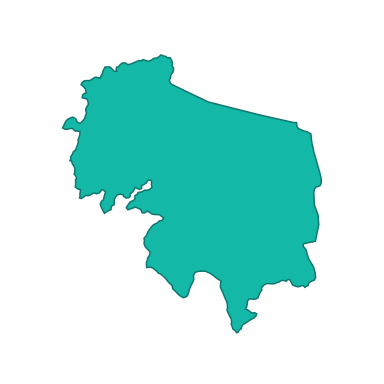 outline of Joinville, Santa Catarina, Brazil, rotated 15°
{"feature_id": "56859067B35489992852135", "entity_name": "Joinville", "entity_type": "district", "adm_level": 2, "iso_a3": "BRA", "parent_name": "Brazil", "parent_adm1": "Santa Catarina", "projection": "orthographic", "projection_center": [-48.986, -26.263], "detail": "fine", "context": "isolated", "style": "filled", "palette": "teal", "viewbox_px": 384, "rotation_deg": 15, "n_neighbors": 0, "source": "geoboundaries", "source_scale": "gbopen_adm2", "svg_char_len": 4961}
<svg xmlns="http://www.w3.org/2000/svg" viewBox="0 0 384 384"><g transform="rotate(15 192 192)"><path d="M323.9,207.6L322.9,190.7L319.8,181.8L313.8,173.2L311.9,167.9L311.1,165.0L310.2,162.4L309.6,160.1L309.7,157.0L310.8,154.9L312.6,153.9L314.1,152.6L314.5,149.7L313.7,146.7L312.6,144.2L311.4,142.0L310.1,139.8L308.2,136.5L307.1,134.8L303.5,128.7L302.5,127.0L300.0,123.0L299.1,121.3L298.0,119.0L296.8,116.9L294.6,112.4L292.8,107.7L291.9,105.3L289.5,104.5L286.8,104.0L284.3,104.2L281.4,103.6L278.5,103.2L276.6,101.8L275.7,99.7L275.0,97.9L272.3,98.6L238.6,100.0L207.9,100.5L184.4,100.8L158.4,96.0L144.3,93.2L142.6,92.1L141.2,89.7L141.6,87.0L141.3,84.2L142.6,81.1L142.5,78.4L141.8,76.6L140.2,75.4L139.8,72.7L138.2,70.0L136.0,67.9L133.7,68.8L131.8,67.9L129.1,67.9L126.6,67.6L125.1,69.8L123.4,71.7L121.6,72.2L120.2,73.1L118.5,75.3L116.1,77.1L113.9,76.9L112.0,76.9L110.3,76.8L109.1,78.3L106.7,78.8L104.1,80.7L101.8,82.6L99.8,84.2L96.9,85.6L94.4,84.6L91.7,85.2L89.8,87.3L88.7,89.9L86.8,91.0L87.0,93.3L88.0,94.9L85.6,95.6L83.1,93.9L80.1,92.5L77.7,93.1L75.8,93.7L75.1,96.2L74.7,98.5L74.7,101.4L73.9,103.8L74.1,105.7L72.0,105.9L69.5,105.9L67.6,107.2L66.3,109.1L63.6,111.2L60.9,111.7L58.9,112.7L57.6,114.8L57.1,117.1L59.6,118.2L61.2,119.1L62.5,120.4L63.5,122.1L64.0,124.1L62.3,124.8L61.2,126.8L61.6,129.4L63.8,129.4L66.8,129.4L68.3,131.9L69.2,134.3L68.3,136.9L67.9,139.4L68.5,141.2L69.7,143.2L69.3,145.6L69.3,149.0L68.0,151.6L66.2,154.7L64.0,154.4L62.2,153.5L61.3,151.9L59.7,151.0L57.2,150.6L55.2,152.1L53.8,153.4L52.2,155.2L51.5,157.6L51.1,160.1L50.4,163.6L52.9,164.3L54.9,163.9L57.3,162.5L59.8,161.6L62.0,162.7L63.7,163.4L65.4,162.8L68.2,162.5L68.8,165.8L68.7,168.9L68.4,171.1L69.2,172.9L69.2,175.9L68.9,179.1L68.6,181.7L67.1,183.4L66.6,186.6L65.7,189.3L66.2,191.4L66.0,193.4L67.7,193.3L69.3,196.0L71.6,197.9L73.0,200.0L73.5,202.4L73.5,205.3L75.5,206.5L76.9,208.4L76.3,210.4L77.0,212.5L77.6,215.0L78.0,217.4L80.5,218.5L83.6,218.7L84.1,221.0L84.2,223.1L85.0,224.8L84.8,226.8L86.7,227.0L88.6,225.0L90.1,222.8L92.7,222.5L95.3,220.6L96.4,218.9L98.1,218.4L100.2,218.4L102.3,217.3L103.5,215.4L104.0,213.1L105.8,213.1L108.5,214.2L108.3,217.1L108.3,219.6L108.5,222.3L107.0,224.4L106.5,227.4L108.1,229.9L109.6,231.7L111.2,233.4L113.0,235.3L115.0,232.7L117.1,231.0L118.4,229.9L117.8,227.9L118.3,226.1L120.1,224.3L119.5,221.7L119.0,218.9L119.6,216.2L120.7,214.1L122.8,212.8L125.8,212.3L127.2,214.0L129.9,214.9L132.1,214.1L133.5,212.4L132.7,209.9L134.8,207.2L135.4,204.8L135.9,202.4L138.3,202.8L140.6,203.1L142.4,201.6L141.6,198.9L143.4,197.4L145.3,195.4L146.3,192.3L148.9,191.0L150.4,192.5L150.7,195.2L152.2,197.6L150.5,200.4L148.0,202.0L145.4,202.6L144.1,204.5L141.9,205.5L140.1,206.5L139.7,208.4L137.9,210.2L138.3,212.2L138.5,214.1L137.2,215.6L135.0,217.4L134.0,219.7L133.3,221.5L132.6,224.1L134.7,225.8L137.1,224.2L139.1,222.8L141.3,221.2L143.9,221.6L145.9,222.0L147.5,222.7L149.3,225.0L151.9,224.3L153.7,222.1L156.3,222.5L158.2,223.5L160.4,223.6L162.2,223.3L164.3,222.8L166.5,222.4L168.7,223.3L171.4,224.4L170.1,227.5L168.2,228.1L167.2,229.6L165.7,231.6L163.3,233.5L161.6,236.8L160.4,239.9L159.6,242.2L159.5,244.4L158.9,246.5L157.6,249.2L158.7,251.5L158.9,254.0L160.8,256.8L163.3,258.5L165.6,259.7L167.3,261.7L167.2,264.4L166.3,267.2L166.5,269.5L166.2,271.9L166.8,274.0L167.8,276.7L169.8,275.9L172.2,275.4L174.1,275.6L176.5,276.7L178.8,277.8L180.4,279.1L182.4,279.2L185.2,280.4L187.9,281.8L190.4,283.5L192.7,285.3L194.6,286.3L197.1,287.7L198.3,290.4L201.4,292.1L203.0,293.0L204.8,294.1L206.5,295.0L208.9,295.9L211.0,296.3L212.8,295.3L214.4,293.5L214.7,291.2L214.7,288.8L214.7,286.0L215.1,283.2L215.6,281.0L216.2,278.1L216.4,275.9L215.4,273.7L215.1,271.3L215.9,268.8L218.2,267.2L220.9,266.3L223.1,265.6L225.6,265.0L227.3,265.4L229.9,265.7L232.2,266.4L233.9,267.1L236.3,268.1L238.9,269.2L241.0,269.8L243.0,270.3L243.3,273.4L244.0,276.4L245.8,278.9L247.1,280.4L248.7,282.3L249.8,283.8L250.9,285.2L252.4,287.2L253.8,288.8L255.0,290.8L256.2,294.4L256.3,296.9L258.0,299.2L259.8,301.4L261.1,302.8L262.8,304.6L263.9,307.2L264.1,309.7L265.4,311.3L266.9,313.7L269.7,314.8L271.7,316.4L273.0,315.2L273.3,313.2L275.0,311.2L274.8,309.1L275.5,307.0L277.3,305.1L279.2,303.1L281.1,300.8L282.5,299.4L284.2,297.9L285.9,295.1L286.0,292.9L283.7,292.4L281.0,293.4L278.4,292.2L275.8,291.4L273.9,291.2L274.5,289.1L274.4,286.3L273.9,282.8L274.6,281.0L276.5,280.0L278.8,279.9L281.3,278.9L283.0,277.2L283.3,274.6L283.8,271.3L284.8,268.8L283.9,266.5L284.8,264.4L286.1,262.7L288.1,261.0L291.1,260.4L293.8,259.8L295.5,259.2L297.4,257.7L299.5,256.3L301.3,254.3L303.4,253.7L306.1,253.9L307.2,251.7L309.0,251.4L311.1,253.4L313.2,255.7L316.1,256.2L318.4,256.2L320.6,255.4L322.1,254.0L324.1,253.7L325.6,254.9L326.9,253.6L328.4,252.2L328.2,250.1L329.2,248.5L331.0,246.8L333.0,245.4L333.6,242.7L331.6,237.8L329.3,233.7L327.7,231.7L325.8,230.0L321.8,226.2L318.4,220.6L316.8,218.0L315.2,216.8L313.2,215.5L313.3,213.0L319.2,210.0L321.4,209.1L323.9,207.6Z" fill="#14b8a6" stroke="#0f766e" stroke-width="1.5"/></g></svg>